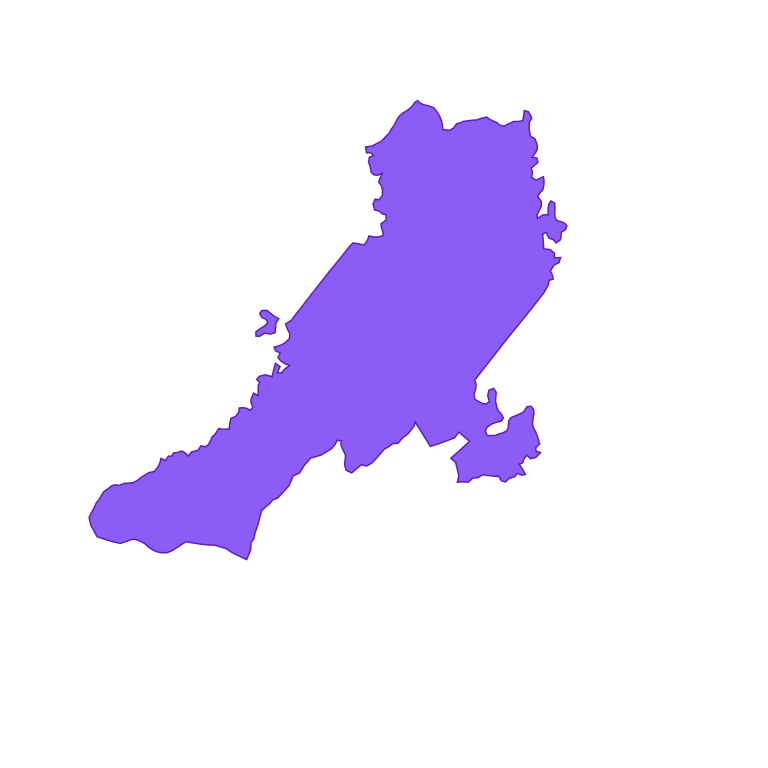 Ijuí, Rio Grande do Sul, Brazil, rotated 220°
{"feature_id": "56859067B40890033083264", "entity_name": "Ijuí", "entity_type": "district", "adm_level": 2, "iso_a3": "BRA", "parent_name": "Brazil", "parent_adm1": "Rio Grande do Sul", "projection": "mercator", "projection_center": [-53.893, -28.297], "detail": "fine", "context": "isolated", "style": "filled", "palette": "violet", "viewbox_px": 768, "rotation_deg": 220, "n_neighbors": 0, "source": "geoboundaries", "source_scale": "gbopen_adm2", "svg_char_len": 5261}
<svg xmlns="http://www.w3.org/2000/svg" viewBox="0 0 768 768"><g transform="rotate(220 384 384)"><path d="M519.0,141.0L521.6,136.2L524.9,134.2L527.1,131.2L528.1,126.2L529.5,121.8L528.9,117.2L528.1,113.4L527.9,107.7L526.2,102.0L525.3,96.8L524.1,92.3L521.6,90.1L517.7,87.4L513.8,85.8L505.7,82.6L500.5,84.6L495.2,86.8L489.4,89.3L483.5,92.5L479.7,98.4L477.7,102.4L475.1,104.9L469.7,106.9L464.5,108.0L459.2,107.7L454.4,108.3L449.9,109.6L445.3,112.1L441.7,115.5L439.0,120.4L437.0,127.1L435.6,132.1L434.2,135.8L427.6,139.8L420.3,144.2L414.5,148.3L411.2,151.0L407.4,153.0L402.9,154.7L399.9,156.3L392.8,157.1L388.1,158.1L376.4,161.2L379.5,171.2L383.8,176.8L384.2,181.7L386.9,186.8L390.3,195.4L394.3,204.0L396.4,208.2L395.7,213.5L394.6,219.2L394.8,223.4L392.1,228.3L391.9,234.4L391.5,239.7L391.5,245.4L394.5,255.1L391.5,261.7L392.8,270.4L392.6,276.6L392.6,280.3L390.2,283.5L386.4,289.3L384.6,294.8L382.6,300.6L382.6,306.1L383.6,310.8L380.2,313.1L378.3,310.2L375.2,308.2L367.5,304.6L364.5,300.0L362.1,296.7L357.6,293.6L351.6,295.1L349.5,307.5L344.5,310.1L342.5,315.5L342.2,319.8L341.8,335.1L340.2,338.6L339.1,343.7L335.1,347.7L335.1,354.9L333.5,361.0L333.9,371.2L335.9,375.0L308.4,366.0L304.4,372.2L295.3,388.1L295.8,395.2L281.7,395.1L283.3,382.0L285.1,370.0L278.6,369.9L267.9,362.0L264.6,355.9L260.9,359.7L256.2,363.0L255.4,369.3L251.9,372.4L249.9,378.1L246.8,380.0L240.1,384.3L236.8,387.0L231.9,385.3L228.0,387.1L227.4,392.1L224.2,397.2L224.4,401.1L219.7,402.9L217.5,405.6L222.6,407.6L228.9,409.5L227.1,412.8L228.7,416.7L228.7,421.3L223.9,420.8L220.5,425.3L220.1,432.1L224.2,430.3L226.8,432.7L226.2,438.1L232.7,442.4L237.2,444.9L241.8,446.7L245.0,449.3L247.6,453.4L250.1,457.7L252.9,460.6L257.2,461.4L259.9,458.4L259.0,452.2L262.7,444.4L265.2,439.7L264.7,435.8L260.7,430.3L260.0,426.7L261.6,422.8L263.6,420.1L265.5,416.3L271.7,410.9L276.2,413.1L277.2,417.3L275.8,422.6L273.4,426.7L270.2,431.1L270.7,434.7L274.7,436.3L278.8,436.9L281.7,438.1L287.2,442.2L289.6,445.2L292.6,449.7L297.2,451.2L299.6,446.7L297.0,441.7L292.2,438.5L292.6,434.6L296.3,432.3L300.6,431.3L304.5,430.7L308.4,434.0L310.4,438.8L313.3,443.0L317.0,445.5L318.6,491.7L318.8,499.4L319.2,525.8L319.6,540.8L320.2,556.9L321.8,565.7L324.3,569.4L321.8,573.1L324.7,575.5L329.2,577.6L330.2,584.3L328.0,589.6L330.0,594.4L334.1,590.2L337.8,593.9L343.3,593.7L348.5,590.2L352.0,593.9L355.9,597.9L358.8,601.0L357.3,604.3L351.4,601.8L347.0,603.4L342.8,602.7L341.5,607.9L343.5,611.1L345.7,614.1L344.2,619.2L345.6,622.7L349.0,623.3L352.8,622.1L357.1,620.3L360.4,621.9L363.2,624.7L365.9,628.4L369.5,632.3L373.8,631.5L373.4,627.8L371.1,623.9L367.1,619.2L371.1,615.5L372.8,609.5L375.6,612.1L376.4,615.9L377.9,621.5L381.0,625.0L386.7,626.4L387.4,630.8L387.1,634.5L389.5,639.4L392.2,642.7L395.2,645.2L398.5,637.9L403.8,637.2L406.5,641.8L410.0,644.0L408.5,652.7L412.1,655.4L416.0,652.9L416.7,658.8L417.5,662.5L421.0,666.2L426.2,668.9L431.0,667.9L436.2,672.1L440.8,677.6L441.8,682.8L445.1,684.3L448.5,685.4L452.2,683.6L449.7,679.8L447.0,675.0L449.2,672.1L453.5,668.3L455.6,663.7L457.7,658.9L461.7,656.6L465.7,656.8L470.0,655.4L473.3,654.8L477.0,654.4L480.2,650.1L482.9,645.6L485.9,642.9L489.0,639.4L492.0,636.2L493.5,633.0L495.7,629.9L495.3,624.8L496.6,620.8L499.4,618.8L502.2,616.8L505.2,619.2L508.7,622.4L513.7,625.0L518.1,626.6L523.8,627.6L529.6,625.3L533.1,623.5L536.9,622.4L540.5,622.7L541.4,619.2L541.0,615.1L541.5,611.4L542.2,607.8L543.8,603.7L544.4,599.4L544.0,594.7L542.6,589.0L542.2,583.5L541.2,580.0L541.8,574.7L541.9,569.0L544.0,563.9L546.2,558.4L550.5,553.8L546.0,549.9L542.6,552.8L538.8,552.0L541.0,548.3L538.6,544.2L534.0,541.4L529.8,537.9L526.2,537.7L522.9,539.9L520.8,544.1L519.2,538.9L517.7,535.1L513.3,534.2L509.5,531.3L506.4,527.3L506.2,521.9L509.6,520.0L508.1,514.8L502.9,511.3L498.8,513.4L494.5,513.3L490.9,514.9L487.8,510.7L489.2,504.9L486.4,502.1L483.2,500.0L479.9,497.5L482.7,493.1L486.4,490.0L490.7,487.8L489.2,483.7L488.5,477.8L493.5,475.1L498.5,472.1L498.8,465.9L498.6,460.2L498.5,456.1L498.4,451.4L498.3,447.7L498.2,441.7L498.2,434.9L498.0,429.9L497.8,422.3L497.6,415.4L497.3,410.3L497.3,406.7L497.1,401.5L496.9,396.0L496.7,392.1L496.5,388.2L496.4,383.9L496.2,377.9L495.9,373.4L498.0,366.7L493.3,364.0L488.6,362.0L485.7,358.3L486.1,352.4L488.6,346.3L491.9,341.5L488.4,339.7L483.5,340.9L482.1,336.0L478.4,335.4L472.9,335.8L468.2,337.6L469.7,331.6L469.6,326.4L473.0,324.3L474.9,330.6L480.4,330.1L479.0,326.7L474.5,317.7L480.9,314.7L484.4,309.8L484.5,305.6L480.4,305.4L479.4,302.0L472.9,294.2L478.0,293.2L476.3,287.4L474.4,284.6L469.5,281.7L469.6,277.9L473.9,277.0L477.1,275.0L479.5,272.5L477.2,269.2L476.8,263.6L479.2,259.4L476.6,254.3L473.7,250.0L478.7,245.4L481.9,243.8L481.1,236.5L481.6,233.0L480.4,228.8L479.6,225.0L480.2,221.3L484.5,219.0L483.9,213.7L487.8,208.2L487.5,203.1L492.5,203.4L495.9,202.7L497.8,199.2L500.9,195.9L500.2,192.2L502.8,190.1L502.3,185.0L507.1,183.6L505.1,179.9L503.8,175.0L503.8,169.2L507.1,165.1L508.3,161.4L509.8,157.3L510.9,151.8L512.6,147.4L515.4,144.4L519.0,141.0ZM506.6,366.4L511.6,365.4L516.4,365.3L521.2,365.1L524.9,361.6L524.5,358.1L520.4,356.4L516.0,357.8L512.4,356.2L512.8,351.5L514.5,346.9L515.7,341.7L512.8,338.4L510.0,340.5L508.1,346.3L503.5,348.9L500.4,353.3L503.0,357.1L505.9,361.0L506.6,366.4Z" fill="#8b5cf6" stroke="#5b21b6" stroke-width="1.5"/></g></svg>